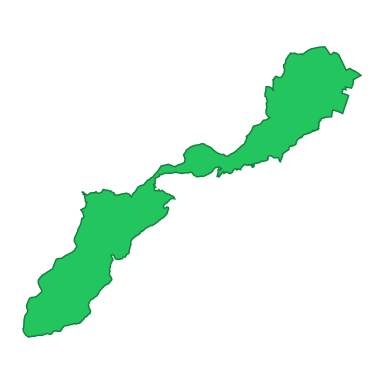 outline of Orlat, Sibiu, Romania
{"feature_id": "2599482B98199012143069", "entity_name": "Orlat", "entity_type": "district", "adm_level": 2, "iso_a3": "ROU", "parent_name": "Romania", "parent_adm1": "Sibiu", "projection": "albers", "projection_center": [23.88, 45.707], "detail": "fine", "context": "isolated", "style": "filled", "palette": "green", "viewbox_px": 384, "rotation_deg": 0, "n_neighbors": 0, "source": "geoboundaries", "source_scale": "gbopen_adm2", "svg_char_len": 5945}
<svg xmlns="http://www.w3.org/2000/svg" viewBox="0 0 384 384"><path d="M361.0,75.4L354.7,70.9L354.3,71.2L349.8,68.4L346.2,70.3L338.8,54.9L337.4,53.6L335.7,52.8L335.0,53.1L333.6,52.3L331.8,54.3L330.2,54.6L325.0,46.9L319.1,47.2L311.2,48.9L307.6,50.7L302.4,54.5L301.8,53.9L298.1,54.5L294.4,53.1L292.8,53.5L290.3,53.1L290.2,54.2L288.3,55.7L287.5,57.6L286.3,58.8L285.5,61.3L285.6,62.2L285.1,63.7L283.6,64.8L283.9,67.9L284.8,70.0L284.2,71.3L284.2,72.7L282.5,75.2L282.3,76.1L280.9,77.4L280.0,77.5L277.6,77.4L276.6,76.2L276.1,76.2L274.4,77.7L274.1,78.5L274.2,79.6L273.0,79.7L273.3,82.7L273.0,89.0L273.4,90.2L272.8,89.9L271.7,88.2L268.9,86.7L266.1,86.7L265.8,91.2L265.1,93.0L265.0,96.3L266.6,97.5L266.6,99.5L267.4,101.0L267.3,102.2L266.5,102.5L266.2,103.8L266.7,106.0L266.7,108.0L266.6,108.9L265.9,110.1L266.2,112.3L266.0,113.0L266.5,114.3L268.2,116.6L269.7,117.6L266.2,119.9L263.3,120.3L260.3,124.2L253.5,126.2L252.5,128.0L251.9,130.1L249.1,134.1L246.3,136.4L247.3,137.4L246.6,138.0L245.9,140.9L245.2,141.5L245.0,142.9L244.2,144.1L242.0,145.5L236.7,150.5L233.5,152.9L230.9,154.0L228.1,156.0L225.9,156.2L223.7,154.4L220.9,154.5L219.0,153.5L217.8,153.3L214.0,150.5L211.1,147.8L209.1,146.6L206.2,145.6L204.5,144.1L201.8,143.6L199.1,144.8L195.0,145.3L192.3,146.2L190.6,147.0L186.5,150.0L185.0,152.9L183.5,154.9L184.8,157.9L185.0,159.5L184.7,161.7L184.4,162.4L181.6,163.9L178.6,164.7L174.6,166.8L168.4,164.3L161.2,166.0L157.6,171.4L153.7,175.5L152.9,177.1L150.8,177.9L150.1,179.0L147.7,180.1L143.6,184.9L140.5,185.6L137.8,187.4L135.1,191.8L133.0,193.5L131.5,197.0L130.5,196.1L129.6,194.4L126.5,193.2L120.2,194.3L118.9,194.9L115.6,195.2L114.3,194.5L114.4,193.5L114.1,193.0L111.9,192.0L110.5,190.8L109.1,190.9L107.4,190.1L105.3,190.3L103.9,189.4L103.0,189.6L102.0,191.8L99.2,193.3L97.5,193.1L96.1,191.7L95.6,191.8L95.3,192.7L94.9,192.8L93.7,192.6L90.2,193.0L88.0,194.8L87.1,195.0L84.7,193.6L83.6,192.3L81.7,191.8L83.1,192.8L83.2,194.2L84.5,195.1L85.6,202.0L87.0,202.6L86.2,203.7L86.1,205.7L85.2,207.6L80.8,209.8L82.9,212.6L83.9,216.8L82.7,218.2L81.8,218.6L80.8,224.1L78.1,229.1L77.6,231.5L74.5,238.1L74.3,241.1L76.9,246.5L74.1,250.7L71.8,252.4L65.2,255.8L61.8,258.2L57.3,258.8L56.2,259.4L53.5,266.1L52.8,268.6L42.2,275.3L38.7,279.5L38.4,280.3L38.3,282.2L38.6,284.3L39.4,285.3L39.7,286.7L41.7,290.2L42.0,291.5L36.9,296.2L34.6,297.2L31.1,297.5L29.4,298.5L26.5,305.7L26.8,308.2L27.7,309.8L27.7,310.6L26.8,313.7L25.7,314.5L25.1,315.5L24.1,319.7L23.8,326.7L23.0,328.9L23.6,331.8L26.0,335.3L28.6,337.1L32.3,336.2L34.6,336.3L38.1,335.2L42.4,335.3L45.5,333.9L47.4,333.5L49.5,334.3L50.8,334.2L51.8,333.7L53.0,331.8L54.1,330.9L60.4,331.3L62.9,327.4L64.5,325.8L67.8,325.5L69.4,324.7L70.6,324.7L74.7,323.5L76.1,324.1L77.2,323.5L79.4,323.2L81.0,322.1L82.2,320.5L83.4,319.6L84.8,317.1L85.7,317.0L86.8,316.3L88.4,314.4L89.9,313.6L90.6,311.0L88.7,307.1L88.5,304.6L89.1,302.7L90.1,300.8L91.1,299.6L93.1,298.7L94.4,297.4L96.5,296.1L98.4,293.7L99.5,291.0L105.2,285.1L108.3,283.9L111.8,279.8L111.6,278.4L110.7,276.6L109.3,274.8L110.1,270.7L109.6,270.1L109.6,268.7L109.9,268.3L110.8,263.7L112.2,260.9L113.0,260.0L112.6,258.5L111.1,256.2L111.1,255.2L112.2,254.5L114.3,256.0L115.1,258.3L116.3,259.4L120.7,259.1L122.5,258.5L123.2,257.1L125.5,256.9L125.4,256.5L126.6,254.5L128.0,253.9L129.1,252.8L129.2,250.0L130.0,247.9L129.9,247.1L130.9,244.9L130.6,241.7L131.9,239.6L134.4,237.2L140.2,233.3L140.8,231.7L142.6,231.2L143.2,230.1L144.0,230.0L145.6,228.2L148.9,226.7L150.1,225.6L151.9,225.6L153.7,224.7L158.0,221.6L158.8,220.3L159.7,220.2L161.3,218.6L162.4,218.3L165.1,216.0L167.4,213.0L167.5,211.5L168.6,209.1L168.2,207.3L167.6,207.1L166.7,207.2L164.8,208.3L164.1,208.3L163.5,206.9L163.6,205.6L165.5,203.6L166.8,203.0L170.5,199.0L172.5,198.5L174.7,198.8L173.7,196.8L172.1,195.8L170.5,195.5L169.8,194.5L166.1,193.6L163.8,191.5L161.7,190.3L161.0,191.1L159.6,191.0L158.9,189.6L157.6,190.8L154.5,190.4L154.4,187.5L155.6,187.1L155.2,186.7L155.3,186.3L153.4,184.9L153.6,184.4L155.0,184.0L155.3,183.5L154.9,181.6L155.4,178.2L159.4,176.3L159.6,174.6L161.7,174.7L165.0,173.1L170.8,173.3L175.5,172.2L182.0,173.5L185.1,172.8L188.7,172.9L190.6,172.1L192.3,172.8L193.6,174.9L196.4,176.6L198.1,176.8L200.7,176.2L203.5,176.4L210.1,173.2L212.5,171.4L213.5,169.4L215.7,167.4L217.0,167.4L218.2,166.7L219.9,167.3L221.3,168.5L220.6,169.0L220.9,169.7L219.9,169.9L219.7,169.4L219.2,169.7L218.6,168.8L218.3,169.6L217.8,173.9L217.1,176.3L217.6,176.4L217.9,174.9L218.4,176.7L219.0,177.0L219.4,176.8L219.9,175.3L220.4,175.0L220.3,174.4L221.4,174.1L221.8,173.1L223.2,171.9L223.9,173.3L224.5,172.3L225.0,172.9L226.0,172.1L227.9,172.4L228.9,173.3L230.4,173.6L232.5,172.1L233.0,170.5L235.3,168.7L236.1,168.9L236.8,170.0L237.7,169.1L240.0,169.2L240.2,169.7L240.7,169.7L240.9,168.5L242.1,166.6L244.9,164.3L246.6,165.1L248.8,165.2L249.0,164.6L249.8,164.6L252.4,166.5L252.4,167.2L253.9,166.8L254.1,166.1L251.3,164.6L252.6,164.2L254.0,164.6L254.4,164.1L254.4,163.6L259.5,162.6L261.2,161.4L265.3,160.9L267.5,160.0L267.6,159.2L268.2,158.8L267.4,157.6L268.8,156.2L270.5,155.5L274.4,157.9L277.2,157.6L278.6,158.0L279.6,161.3L280.5,161.7L280.5,160.6L281.3,159.4L282.5,156.0L282.6,153.9L283.4,153.7L283.7,153.0L288.9,149.6L288.9,148.0L289.9,146.1L292.5,146.1L295.7,144.4L296.0,143.9L296.4,141.6L298.2,138.9L300.4,137.8L300.6,137.3L301.2,137.6L302.4,136.8L302.6,135.8L303.7,134.7L306.5,134.1L307.8,133.3L308.9,133.3L309.7,132.6L310.6,132.5L312.4,131.3L312.9,131.3L312.9,130.6L313.9,131.1L314.6,130.4L315.5,130.6L317.0,129.3L317.5,129.8L318.2,129.4L318.1,129.0L318.9,128.3L318.4,127.1L318.7,126.2L319.1,125.2L318.6,123.7L319.2,122.7L318.8,122.4L320.2,120.9L320.0,120.4L320.6,120.5L321.0,120.0L321.2,118.7L323.5,117.8L324.5,118.0L325.3,117.3L331.7,116.7L332.0,113.1L332.9,110.0L337.8,111.4L342.7,113.5L344.6,107.3L346.6,102.1L346.3,101.9L348.7,95.8L347.5,95.0L341.7,93.1L342.7,91.0L342.5,89.7L344.1,89.0L346.0,89.7L345.3,87.0L351.5,88.1L353.2,83.5L353.4,79.6L361.0,75.4Z" fill="#22c55e" stroke="#15803d" stroke-width="1.5"/></svg>